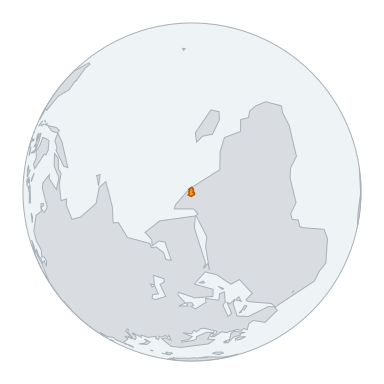 globe centered on Galguduud, rotated 194°
{"feature_id": "SOM-2408", "entity_name": "Galguduud", "entity_type": "Region", "adm_level": 1, "iso_a3": "SOM", "parent_name": "Somalia", "parent_adm1": "", "projection": "orthographic", "projection_center": [46.568, 5.004], "detail": "fine", "context": "on_globe", "style": "filled", "palette": "amber", "viewbox_px": 384, "rotation_deg": 194, "n_neighbors": 0, "source": "natural_earth", "source_scale": "10m", "svg_char_len": 7432}
<svg xmlns="http://www.w3.org/2000/svg" viewBox="0 0 384 384"><g transform="rotate(194 192 192)"><circle cx="192" cy="192" r="169" fill="#eef3f6" stroke="#a8b0b8"/><path d="M23.2,198.7L23.6,201.3L25.5,210.1L26.9,220.4L28.0,231.2L35.4,255.5L35.6,255.9L30.6,242.1L26.9,227.9L24.4,213.4L23.2,198.7ZM277.6,46.4L278.5,46.9L289.5,54.8L290.7,55.0L295.1,58.2L308.7,70.0L320.3,86.1L326.3,92.7L329.1,96.8L329.3,99.1L325.2,92.9L322.1,90.5L319.8,87.0L318.7,89.4L315.3,84.6L316.1,89.2L319.8,93.2L322.0,92.5L324.2,99.3L331.1,106.7L335.9,115.7L337.7,131.6L333.7,136.6L334.2,139.6L330.5,136.2L328.8,142.2L338.1,159.5L338.9,164.6L334.6,174.4L333.9,170.6L324.2,161.5L324.6,173.8L332.1,183.9L334.7,196.1L329.9,192.4L327.0,181.8L323.5,178.2L322.8,167.5L316.9,151.9L312.0,155.0L310.8,148.8L301.9,136.5L293.9,140.8L282.3,157.7L283.2,173.9L278.1,181.2L265.7,158.3L261.1,143.0L256.0,144.6L243.7,132.3L220.6,131.9L217.9,128.1L213.4,130.0L204.9,126.3L201.0,120.2L195.6,120.7L206.1,136.9L212.0,136.5L217.7,130.2L219.5,136.1L227.8,141.4L216.4,156.1L183.1,169.5L180.9,157.5L161.2,125.6L162.4,122.1L162.3,121.7L162.1,121.0L159.2,126.6L156.2,120.6L165.6,142.4L166.7,152.1L182.6,170.3L180.9,172.2L186.3,176.0L205.1,171.3L205.0,175.4L195.4,194.3L170.4,220.3L174.4,237.8L173.7,252.7L159.5,262.5L162.3,274.0L155.2,277.9L155.7,284.4L150.9,291.1L142.3,297.4L125.9,297.2L123.7,291.4L113.7,279.9L99.3,251.9L102.2,239.2L100.2,229.2L88.5,206.9L91.0,194.8L88.2,189.6L82.2,190.6L79.1,184.5L75.6,184.2L54.8,187.7L49.3,179.6L44.9,155.4L49.3,146.1L51.6,135.4L83.2,100.9L88.2,103.0L111.1,99.2L113.6,100.5L109.0,108.3L124.7,118.5L132.0,111.9L148.0,117.7L159.9,117.7L167.5,103.2L148.0,102.7L146.5,95.7L163.6,90.0L180.9,91.4L180.9,88.8L171.6,82.7L177.1,78.3L168.5,80.3L170.8,83.0L165.5,84.6L163.0,82.4L165.1,80.7L160.3,79.5L151.7,88.4L153.1,92.0L139.7,93.5L140.7,100.0L136.5,102.9L133.1,93.3L134.7,89.8L127.0,80.0L124.2,83.7L131.2,93.4L128.3,92.6L124.5,98.4L125.1,93.4L118.2,82.6L107.1,84.9L90.2,99.3L84.3,100.5L80.6,97.7L89.6,83.2L101.8,82.1L105.1,77.8L105.1,71.7L108.8,72.2L110.3,69.8L115.1,69.5L124.3,64.0L129.6,63.5L135.5,57.0L139.0,56.0L134.5,60.0L134.2,62.9L147.5,62.7L150.8,61.4L153.6,57.4L156.9,58.2L157.9,54.4L166.7,53.2L156.8,51.7L159.8,47.8L166.3,45.1L165.5,43.8L154.8,48.3L152.2,50.5L152.7,52.6L143.9,59.4L138.8,60.5L141.3,53.1L134.3,54.2L139.3,48.6L165.2,38.5L174.8,37.2L185.8,42.2L182.2,44.2L176.5,43.2L179.6,47.3L180.4,45.4L183.2,46.3L186.7,43.5L188.9,44.1L188.6,40.7L191.7,41.1L191.7,43.3L199.6,40.3L206.5,40.9L207.2,40.1L206.1,38.9L215.6,40.9L215.7,40.2L212.6,39.2L210.9,37.3L211.6,35.0L214.8,35.8L215.0,36.7L220.3,40.3L220.4,43.2L221.8,43.4L222.5,41.1L216.0,36.6L215.5,35.0L219.1,36.8L217.8,36.0L218.5,35.5L222.3,35.9L218.6,33.9L222.5,29.2L230.2,30.2L233.0,31.9L239.1,31.3L247.4,33.5L244.5,32.4L245.6,32.1L243.0,31.3L241.7,30.9L242.7,30.8L254.7,35.1L266.4,40.3L277.6,46.4ZM70.4,118.2L69.1,121.3L70.4,118.2ZM198.1,101.0L209.2,101.9L206.1,92.9L210.1,92.7L207.6,90.0L205.8,92.3L200.0,85.0L205.4,82.8L205.0,79.2L201.3,78.8L192.2,84.3L200.6,94.5L197.3,98.0L198.1,101.0ZM113.7,58.8L114.5,60.1L111.5,62.7L104.9,64.7L109.2,60.9L113.7,58.8ZM116.4,61.5L120.7,54.3L125.1,53.3L121.9,55.0L124.3,55.0L119.9,57.8L119.8,64.4L117.1,67.2L106.3,68.5L111.3,66.3L110.2,65.0L116.4,61.5ZM124.2,42.6L126.1,40.7L132.9,40.5L130.3,42.4L123.5,44.1L122.6,43.1L124.2,42.6ZM162.5,25.6L163.2,25.5L165.6,25.1L169.6,24.7L167.5,25.4L170.4,25.0L173.5,25.0L172.2,25.8L169.5,25.6L170.1,26.8L165.5,27.1L165.9,27.3L161.8,28.1L157.5,29.4L155.7,29.5L154.8,30.0L152.1,30.8L150.2,31.6L146.4,32.2L143.8,33.4L143.4,33.1L140.0,35.0L140.8,33.9L137.4,35.1L138.4,35.5L122.0,39.3L114.5,42.5L107.8,46.1L110.0,44.4L117.7,40.3L127.6,35.8L134.5,33.3L134.3,33.2L137.5,32.1L136.3,32.6L140.1,31.2L142.4,30.5L151.2,28.1L153.3,27.5L162.5,25.6ZM175.5,23.8L174.7,24.0L171.4,24.5L167.3,24.9L175.5,23.8ZM117.7,97.7L119.9,98.0L123.5,97.8L121.2,101.7L117.7,97.7ZM112.7,90.4L114.9,89.9L113.4,94.8L111.1,94.7L112.7,90.4ZM117.3,85.8L115.1,89.5L115.0,87.4L117.3,85.8ZM136.6,59.6L139.1,59.1L138.8,60.0L136.9,61.5L136.6,59.6ZM173.0,31.1L172.0,30.5L173.0,30.2L174.1,28.6L177.6,28.4L178.3,29.4L173.0,31.1ZM163.5,105.6L159.3,108.3L157.8,106.9L159.6,106.2L163.5,105.6ZM138.7,104.8L143.8,106.8L138.0,105.9L138.7,104.8ZM177.0,30.6L177.1,29.9L178.8,30.3L177.0,30.6ZM180.2,28.3L182.4,28.6L178.1,28.2L180.2,28.3ZM234.5,327.3L235.9,329.1L233.2,329.3L234.5,327.3ZM203.1,250.4L193.4,276.3L185.2,276.4L182.9,268.8L186.0,253.1L195.2,248.7L199.6,241.5L203.1,250.4ZM350.8,224.3L352.1,225.1L351.9,225.9L350.8,224.3ZM349.6,221.6L351.3,221.8L349.0,223.4L349.6,221.6ZM352.0,222.0L353.8,220.4L354.5,219.1L354.2,220.8L352.0,222.0ZM348.2,221.7L339.4,221.7L335.5,219.7L336.8,216.7L343.1,217.3L348.2,221.7ZM336.4,216.7L330.0,208.7L318.4,185.6L322.6,185.9L334.1,199.7L333.5,202.1L337.4,208.5L336.4,216.7ZM350.7,201.4L350.0,208.9L345.5,208.3L343.2,207.1L341.7,197.6L342.6,192.8L344.5,192.9L350.2,176.6L352.5,180.5L351.3,187.4L353.1,193.8L350.7,201.4ZM284.1,175.4L288.5,185.0L285.4,186.7L284.1,175.4ZM350.9,165.4L349.7,172.3L350.4,163.1L350.9,165.4ZM350.4,156.7L351.3,160.2L349.8,156.8L350.4,156.7ZM335.6,144.3L333.6,145.1L332.8,142.7L334.9,140.2L335.6,144.3ZM339.5,123.5L342.2,130.4L342.8,132.8L340.5,128.6L339.5,123.5ZM206.8,31.8L201.4,33.9L199.9,36.0L202.6,37.9L196.4,36.4L198.9,33.1L206.8,31.8ZM220.2,29.3L217.7,28.1L220.3,28.4L221.2,28.7L220.2,29.3ZM217.7,28.7L211.9,27.8L211.5,27.1L216.1,27.9L217.7,28.7ZM194.4,28.3L192.5,28.8L191.2,28.4L194.4,28.3ZM334.6,282.6L335.5,281.1L323.1,292.5L322.0,291.1L325.7,286.1L331.4,271.3L332.1,271.6L335.9,261.6L345.1,252.5L352.8,236.1L354.0,237.2L357.3,225.5L357.4,226.4L354.5,238.2L350.8,249.8L346.2,261.1L340.8,272.1L334.6,282.6ZM353.9,225.2L356.3,219.4L357.0,218.9L353.9,225.2ZM360.3,206.6L360.2,205.0L360.2,201.5L360.6,199.2L360.0,196.3L360.8,195.0L360.6,202.2L360.8,199.8L360.3,206.6ZM359.8,210.6L359.6,212.8L359.8,210.6ZM358.4,203.6L358.2,205.6L357.8,204.0L358.4,203.6ZM358.9,202.5L359.7,204.8L358.7,204.2L358.9,202.5ZM354.1,195.5L354.7,200.1L356.5,197.2L355.1,201.4L355.8,209.1L355.2,212.1L354.6,203.7L353.5,212.3L352.7,212.1L352.7,204.7L353.8,195.8L354.6,192.1L357.6,190.7L354.1,195.5ZM359.1,196.8L358.8,191.4L358.9,187.8L359.3,190.7L359.1,196.8ZM357.0,178.5L355.1,172.3L354.2,174.6L355.4,166.3L357.1,173.5L357.0,178.5ZM354.3,165.1L353.5,167.2L353.8,162.3L354.3,165.1ZM352.8,165.1L351.9,161.0L353.0,161.6L352.8,165.1ZM354.8,165.3L353.7,158.3L354.9,162.5L354.8,165.3ZM349.5,151.8L353.0,158.6L349.7,155.6L346.1,142.4L347.3,142.1L349.5,151.8ZM333.9,101.8L331.7,98.5L331.7,97.9L333.3,100.3L333.9,101.8ZM329.9,94.4L331.0,96.7L331.6,99.3L333.0,100.9L336.0,106.5L332.1,101.1L329.3,95.2L329.5,94.4L326.4,90.0L324.6,87.3L320.1,81.9L318.8,80.4L329.9,94.4ZM316.4,77.7L318.2,79.7L311.5,72.5L316.4,77.7ZM307.2,68.4L292.6,56.3L289.9,54.3L293.1,56.6L307.2,68.4ZM240.3,30.5L238.8,29.9L240.4,30.3L240.3,30.5ZM235.5,28.8L234.6,28.7L234.2,28.4L235.5,28.8ZM233.0,28.7L233.7,28.5L235.0,29.2L233.0,28.7Z" fill="#d9dde1" stroke="#a8b0b8" stroke-width="1"/><path d="M188.9,190.4L189.2,190.1L189.5,189.8L189.8,189.4L190.1,189.1L190.3,188.9L190.5,188.7L190.9,188.3L191.0,188.2L191.4,187.8L191.6,187.6L192.8,187.7L193.9,188.0L195.0,188.2L194.3,189.8L194.6,190.3L195.1,191.4L194.7,193.5L195.7,193.9L195.0,194.8L194.7,195.1L194.3,195.6L193.9,196.0L193.4,196.5L191.5,195.3L191.5,194.3L190.8,193.7L190.7,192.8L190.9,192.2L191.0,191.8L190.4,191.9L189.5,191.7L189.4,191.4L188.9,190.4Z" fill="#f59e0b" stroke="#b45309" stroke-width="1.5"/></g></svg>